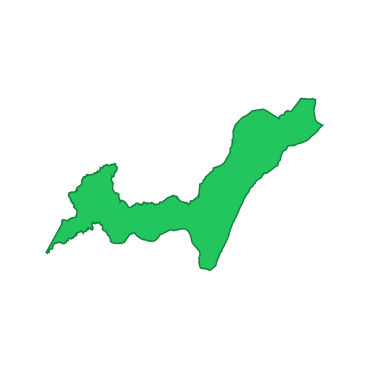 Iracema, Roraima, Brazil, rotated 325°
{"feature_id": "56859067B8516238503433", "entity_name": "Iracema", "entity_type": "district", "adm_level": 2, "iso_a3": "BRA", "parent_name": "Brazil", "parent_adm1": "Roraima", "projection": "robinson", "projection_center": [-62.78, 2.175], "detail": "fine", "context": "isolated", "style": "filled", "palette": "green", "viewbox_px": 384, "rotation_deg": 325, "n_neighbors": 0, "source": "geoboundaries", "source_scale": "gbopen_adm2", "svg_char_len": 6018}
<svg xmlns="http://www.w3.org/2000/svg" viewBox="0 0 384 384"><g transform="rotate(325 192 192)"><path d="M162.6,266.5L169.2,266.0L171.6,263.8L179.2,258.7L180.7,257.9L182.3,257.6L183.7,256.2L187.8,254.4L189.0,253.3L190.3,252.9L197.1,248.8L201.1,245.2L208.5,240.2L209.9,239.9L210.9,238.9L213.0,238.2L223.2,231.8L226.8,230.2L230.0,227.8L232.9,226.6L233.9,225.8L236.5,225.2L239.4,223.9L242.0,222.2L244.9,222.1L247.1,221.1L248.1,221.2L251.0,219.8L253.0,219.6L256.7,220.0L260.0,218.5L261.8,218.1L263.1,219.1L265.9,219.5L274.7,219.1L277.0,219.4L279.4,218.1L279.8,217.0L280.2,216.7L281.9,216.6L283.3,215.9L285.4,213.5L289.8,211.0L290.9,210.8L292.0,211.1L294.0,211.1L295.7,209.9L297.5,209.3L302.4,212.6L305.9,213.0L311.0,214.9L316.1,215.7L319.3,215.5L321.4,214.9L325.2,214.8L329.7,214.1L332.8,212.9L337.5,212.3L336.5,211.3L336.0,209.4L334.5,206.4L334.4,205.0L334.9,202.6L338.2,195.5L344.1,189.8L346.1,187.4L344.5,184.8L341.5,183.4L335.1,178.0L334.6,177.8L332.3,178.9L319.6,182.8L319.1,182.7L316.6,180.0L314.0,180.0L313.2,180.3L312.7,181.0L311.5,181.2L308.6,180.1L307.1,180.3L306.5,180.5L305.2,181.8L299.3,167.5L297.8,165.0L288.0,160.2L280.8,160.6L276.1,159.9L266.2,161.8L260.6,165.7L257.0,171.4L255.0,172.2L254.4,172.8L254.0,173.5L254.1,174.6L253.8,174.9L253.0,174.8L250.9,177.4L248.3,178.2L246.2,181.0L244.7,182.2L239.2,184.5L237.5,185.6L234.6,186.7L230.3,186.7L223.5,184.7L222.7,185.1L222.1,186.3L221.7,186.5L217.6,186.6L216.0,187.2L211.9,187.4L209.7,188.8L208.0,188.7L207.3,189.8L206.4,190.4L203.8,190.4L203.1,190.0L196.0,198.3L195.7,198.0L195.0,198.8L195.0,199.9L194.6,199.4L193.8,199.6L193.5,199.2L192.6,199.7L191.8,199.3L190.5,199.8L190.0,199.3L187.8,199.7L186.4,199.2L186.0,198.5L185.1,198.8L184.8,199.6L184.1,200.3L183.4,199.9L182.1,200.2L182.1,199.6L181.7,199.5L181.6,199.1L181.7,197.4L180.4,197.2L179.9,196.1L179.3,195.7L179.0,194.9L178.2,194.7L178.0,194.3L177.1,191.6L177.1,190.8L176.7,190.3L176.8,189.0L176.2,188.7L177.0,187.9L176.7,187.5L177.0,187.4L177.0,186.9L175.8,185.8L175.1,184.2L174.5,184.4L173.3,183.6L171.6,183.6L169.6,182.9L167.1,182.8L166.2,183.2L164.0,183.0L162.2,183.4L161.0,183.0L160.1,181.9L158.4,182.8L157.5,182.5L155.2,181.3L154.0,181.1L153.8,180.4L154.1,179.5L153.8,178.9L153.2,178.5L152.7,177.3L152.3,177.3L152.2,177.6L150.9,177.2L149.7,175.7L148.1,175.9L148.1,174.3L147.0,173.8L147.0,173.0L146.7,172.7L145.5,173.1L145.0,173.8L143.7,173.9L143.8,173.1L142.5,173.0L142.1,172.6L142.1,172.0L141.7,171.6L141.4,171.7L141.6,170.7L140.6,169.5L138.9,169.2L138.2,169.8L135.7,169.1L135.2,169.2L135.0,169.5L133.5,169.6L131.5,168.4L131.1,167.2L131.5,166.2L131.3,165.0L131.6,163.4L131.2,161.0L130.8,160.7L130.6,159.8L129.7,159.3L129.5,158.4L127.4,158.8L128.4,157.3L128.3,156.5L129.1,154.3L130.7,151.8L130.5,150.7L129.5,150.0L129.6,149.6L128.7,149.2L128.3,148.4L128.6,144.0L130.9,141.0L132.2,140.0L132.2,138.5L132.8,137.8L132.5,136.0L132.9,135.6L135.2,133.8L135.4,132.8L135.8,133.1L135.7,133.8L136.8,134.5L139.2,132.2L140.0,131.8L140.4,132.0L141.1,131.3L142.3,131.4L142.9,130.4L143.7,130.3L144.9,128.9L144.4,127.5L145.4,125.1L144.6,124.3L142.1,124.1L141.6,123.3L140.6,122.8L139.9,123.0L138.9,122.7L138.2,121.7L138.3,120.9L136.6,120.2L135.6,120.5L134.8,120.3L134.2,119.7L133.1,121.0L132.2,120.4L131.3,120.4L131.0,119.7L130.8,120.4L130.0,120.9L129.7,120.7L129.1,120.9L128.9,121.7L128.2,121.9L127.4,121.5L127.1,121.7L127.0,121.2L126.7,121.7L126.2,121.6L126.4,121.1L125.6,120.9L124.2,121.5L123.4,120.7L123.4,121.0L122.9,121.1L122.7,120.6L121.1,120.9L119.6,120.1L119.4,119.7L118.8,120.0L118.1,120.0L117.4,119.2L117.3,118.4L116.0,117.7L115.9,118.1L115.5,117.8L115.5,118.2L114.7,118.1L114.4,118.5L113.0,118.3L113.0,117.8L112.1,117.5L111.8,117.8L110.9,117.7L110.8,118.1L109.1,119.3L108.6,119.1L108.6,119.5L107.9,119.7L107.3,120.8L105.4,122.8L103.0,122.3L102.0,122.7L101.7,122.5L99.6,122.8L99.2,123.2L99.2,124.1L98.8,125.2L98.0,124.2L96.2,124.8L95.0,124.3L92.9,122.7L91.6,122.7L90.5,122.3L89.8,123.7L89.3,123.5L88.8,124.1L88.9,125.1L88.3,126.3L88.9,127.2L88.8,127.7L88.2,128.2L88.4,129.0L87.8,129.3L87.8,130.0L87.4,130.8L88.2,132.0L87.5,132.9L88.2,133.7L88.1,135.3L87.7,135.3L87.0,136.2L86.5,136.3L87.4,141.2L86.3,142.2L85.2,144.0L84.1,144.4L82.4,146.0L79.2,144.4L78.5,144.7L77.4,143.9L73.7,144.1L70.2,140.5L69.8,140.5L68.1,141.8L67.4,143.2L65.6,144.3L37.9,157.9L38.4,159.2L39.2,158.7L39.5,159.0L39.9,158.8L40.3,159.4L41.2,158.5L41.3,157.8L41.9,157.5L44.0,157.9L44.7,158.4L45.8,158.1L46.9,156.5L48.4,156.0L49.5,155.0L51.0,156.0L52.2,155.9L53.1,156.6L54.2,156.8L54.7,157.6L55.7,157.8L56.0,159.5L56.8,160.0L56.8,160.4L58.0,161.0L58.3,160.7L59.5,161.2L60.6,160.7L61.2,159.7L61.6,160.4L62.5,160.9L63.1,160.4L63.2,159.8L63.9,159.4L65.2,159.4L65.5,160.6L66.2,161.1L66.9,160.8L67.2,161.1L67.8,161.0L67.9,161.4L68.5,160.9L69.2,161.3L69.8,160.6L71.2,161.3L71.4,160.8L72.8,160.1L72.6,161.0L73.0,160.9L73.3,160.4L74.1,160.3L74.2,159.4L76.5,160.1L77.4,160.6L78.2,160.6L78.4,160.1L79.1,160.6L79.3,162.5L79.1,163.3L80.0,162.7L82.8,163.4L84.4,162.5L84.5,163.0L84.9,162.9L85.3,161.9L86.0,161.8L85.9,162.9L86.7,162.4L87.3,163.3L87.7,163.4L87.6,164.5L88.4,165.8L89.3,165.6L89.3,164.6L89.7,164.4L90.0,164.9L90.7,164.0L90.8,162.4L91.4,161.1L92.2,160.6L92.6,160.8L93.2,159.9L93.6,160.2L93.9,161.4L94.4,161.4L94.5,162.4L96.0,162.9L96.1,162.5L96.8,163.0L97.7,163.0L98.0,164.4L98.5,164.1L98.3,166.1L98.6,167.2L99.5,167.5L99.3,168.5L97.4,171.0L97.4,172.9L98.9,174.3L98.4,176.1L98.9,177.5L98.2,178.8L99.0,181.1L98.6,181.5L98.2,182.8L98.2,184.2L97.6,184.5L96.9,185.9L97.5,187.4L99.0,189.5L104.0,193.2L107.6,194.4L115.9,191.3L118.9,191.4L119.6,192.1L120.8,192.2L121.7,193.7L121.6,195.8L123.5,201.1L124.8,203.1L127.0,205.2L127.9,206.9L130.3,208.9L133.3,210.6L137.7,210.2L141.0,208.7L145.2,209.5L152.2,210.4L153.2,210.7L154.9,213.2L162.0,216.1L164.8,218.0L166.0,219.9L166.5,222.4L165.9,226.8L163.2,233.3L163.1,235.4L164.1,244.3L163.9,245.5L163.4,246.9L160.7,249.7L159.6,250.2L158.8,252.0L156.9,254.4L155.6,258.0L155.5,259.0L156.0,260.0L158.0,261.7L160.6,264.5L161.3,265.9L162.6,266.5Z" fill="#22c55e" stroke="#15803d" stroke-width="1.5"/></g></svg>